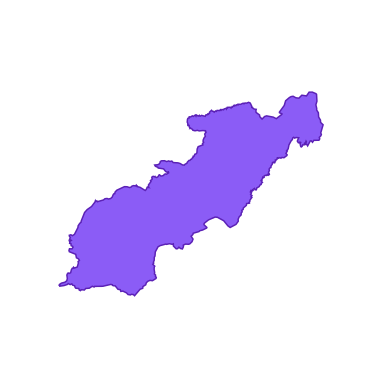 Santa Rosa Del Sur, Bolívar, Colombia, rotated 207°
{"feature_id": "7082276B21319796766403", "entity_name": "Santa Rosa Del Sur", "entity_type": "district", "adm_level": 2, "iso_a3": "COL", "parent_name": "Colombia", "parent_adm1": "Bolívar", "projection": "robinson", "projection_center": [-74.241, 7.761], "detail": "fine", "context": "isolated", "style": "filled", "palette": "violet", "viewbox_px": 384, "rotation_deg": 207, "n_neighbors": 0, "source": "geoboundaries", "source_scale": "gbopen_adm2", "svg_char_len": 6069}
<svg xmlns="http://www.w3.org/2000/svg" viewBox="0 0 384 384"><g transform="rotate(207 192 192)"><path d="M166.8,291.3L171.0,292.0L172.0,293.4L172.3,294.8L174.0,294.2L175.5,294.2L176.5,294.9L177.2,294.5L177.9,295.7L180.5,297.7L182.3,297.6L183.6,296.0L185.1,295.4L185.7,294.3L186.1,294.6L187.1,294.0L188.4,292.2L190.8,291.1L190.5,290.6L191.9,289.9L192.1,288.9L192.8,288.9L193.4,287.9L193.9,288.3L194.6,286.0L195.0,286.1L195.0,285.5L195.8,285.1L195.6,284.6L196.5,284.8L198.9,283.5L198.6,282.9L199.1,282.7L199.0,281.8L199.5,282.2L201.2,280.4L201.2,279.6L202.8,279.1L203.2,277.9L204.0,278.3L204.5,277.0L206.7,276.1L206.9,274.9L207.8,274.9L208.5,273.2L209.4,273.6L210.6,273.2L211.7,273.7L212.6,271.2L212.1,270.0L212.6,269.7L212.7,268.7L213.4,268.7L213.5,267.7L214.6,267.1L214.6,265.4L218.3,264.6L218.9,263.5L219.5,263.2L220.2,263.7L220.9,262.5L223.0,262.6L222.9,261.4L224.0,262.1L225.2,259.9L226.3,260.0L227.2,258.4L228.6,257.7L228.3,256.7L229.1,256.7L228.6,256.5L229.1,255.7L229.0,254.6L228.0,252.1L227.0,251.3L226.0,249.6L225.6,250.1L224.8,250.0L224.8,249.5L223.5,248.4L222.6,248.4L222.6,247.7L222.0,248.1L220.0,248.0L219.3,247.4L217.1,247.9L215.2,249.4L213.3,249.7L210.4,251.6L207.9,252.7L207.3,252.4L207.3,251.7L206.6,251.4L207.0,249.4L205.3,247.5L205.8,246.2L205.7,243.7L205.2,242.2L204.2,241.6L204.6,239.8L203.7,238.9L207.1,235.2L206.9,232.6L205.4,229.1L205.9,227.4L206.6,227.0L206.5,224.7L207.2,224.3L206.7,223.2L207.1,222.9L207.3,221.0L207.8,220.7L208.2,219.2L209.0,218.8L209.7,216.5L209.6,215.3L210.9,213.4L211.0,212.5L212.8,211.8L215.6,212.0L217.7,211.6L222.1,209.7L224.0,210.4L225.5,209.2L226.9,209.1L228.4,207.6L230.7,207.4L233.4,205.9L234.1,204.7L233.7,204.0L234.0,201.9L235.0,200.7L237.5,199.1L236.3,198.3L233.5,198.5L233.0,198.0L227.8,199.7L224.8,198.3L223.2,198.3L222.2,199.3L221.5,198.5L222.8,196.3L224.0,196.0L224.7,195.1L224.9,193.8L226.3,192.5L227.0,192.1L228.7,192.6L229.1,192.3L229.2,190.3L230.0,188.9L231.5,188.7L232.0,189.1L232.4,188.5L233.6,188.4L234.4,187.6L234.3,186.3L233.5,185.9L233.3,185.1L234.2,183.4L233.3,182.7L234.0,178.5L233.3,177.6L233.7,176.5L232.8,176.3L234.1,175.8L233.9,173.6L234.4,172.1L240.4,172.6L243.5,171.9L243.7,172.4L244.3,171.9L244.1,172.3L244.8,172.8L245.0,171.8L246.9,171.2L248.1,170.1L248.6,168.6L249.7,167.6L252.3,167.2L254.7,166.0L259.8,159.5L260.5,157.1L260.1,155.4L260.7,155.1L261.0,154.1L260.8,151.1L261.6,149.2L263.3,147.8L264.7,147.7L266.5,146.5L267.3,144.7L271.9,140.4L272.8,140.9L273.6,139.9L274.1,140.3L273.9,139.0L274.9,133.5L277.4,128.8L278.4,125.0L277.5,115.6L277.1,114.7L277.8,113.1L278.1,110.1L277.5,108.6L277.5,100.9L278.7,98.8L280.5,98.9L281.7,97.7L280.9,96.7L279.7,96.2L279.6,94.2L277.6,94.1L278.3,92.8L279.0,92.7L277.9,91.6L277.7,90.7L276.4,91.0L275.3,89.3L273.6,89.4L272.9,88.6L273.1,86.9L275.4,85.8L275.1,84.1L274.2,83.1L267.3,83.7L265.1,80.9L262.9,80.9L261.3,80.0L261.9,78.2L261.0,77.2L260.2,73.1L262.2,70.9L263.4,71.2L263.2,70.1L264.0,69.8L264.2,68.2L263.5,65.0L264.6,63.6L265.4,63.7L265.9,63.1L265.8,61.2L263.8,58.3L263.3,56.0L264.3,53.9L267.0,51.5L268.1,49.5L268.1,48.8L267.5,49.0L267.0,48.1L263.6,50.5L261.1,53.0L260.7,54.2L258.5,54.2L257.4,55.6L256.1,54.8L254.1,55.2L252.8,53.9L251.8,53.5L249.1,54.6L247.8,53.4L247.1,53.8L246.7,53.5L246.0,54.8L243.4,55.8L242.9,57.8L239.8,59.7L238.1,62.7L236.1,62.9L236.1,63.6L228.7,67.5L222.4,72.8L220.9,73.2L220.4,72.7L219.2,72.9L217.8,73.5L213.8,71.7L211.6,72.4L210.3,71.1L208.6,72.3L204.6,72.4L202.5,71.6L200.2,72.3L199.7,73.2L197.8,74.0L196.1,73.5L194.1,81.8L192.2,83.8L192.8,85.5L191.1,88.3L191.5,90.5L190.7,92.6L189.3,94.2L187.0,95.0L184.8,98.6L185.1,99.8L186.1,100.0L186.8,101.5L188.3,101.9L188.7,103.3L190.7,106.0L191.6,108.1L191.5,109.0L194.1,109.8L193.8,111.3L194.5,111.8L194.7,114.1L196.0,116.8L195.9,118.1L197.5,122.0L197.4,127.7L196.1,129.7L191.7,133.7L190.9,133.8L188.6,135.7L185.9,136.4L185.1,137.3L184.0,135.4L180.3,134.2L179.1,135.0L178.6,136.9L176.7,136.4L174.7,136.9L174.8,139.3L175.6,140.7L174.2,142.6L171.3,143.9L170.4,144.8L169.4,147.7L169.7,150.5L172.7,152.2L171.9,154.5L172.2,155.8L167.8,159.9L167.5,161.0L165.3,162.9L162.6,166.5L162.7,167.2L166.2,168.2L166.8,168.8L166.8,169.9L164.6,174.7L160.1,180.1L157.9,181.0L150.7,180.8L144.6,178.1L141.9,177.7L138.1,183.1L137.5,187.0L138.5,188.6L138.7,191.2L137.8,193.9L138.6,195.6L138.3,197.1L139.3,198.3L138.5,199.6L139.0,201.1L137.5,204.7L138.1,206.5L135.9,208.0L136.5,208.4L136.1,209.5L136.7,211.0L136.2,214.4L137.2,214.5L137.0,216.1L138.6,216.3L138.6,218.3L140.0,218.5L140.2,220.2L139.6,220.4L139.8,219.7L139.1,219.6L138.3,221.2L138.9,221.7L138.0,223.5L136.8,222.6L135.7,223.2L136.1,225.0L134.6,227.3L134.6,229.1L133.8,230.1L134.2,231.2L133.6,232.5L135.1,233.2L135.0,233.9L135.6,233.8L135.3,235.7L135.7,237.2L134.9,237.1L134.4,237.8L135.0,238.9L134.3,240.1L133.3,240.4L133.0,241.2L131.8,241.4L131.0,242.7L131.4,243.2L132.3,242.8L132.2,243.8L132.9,244.5L132.7,246.1L133.7,247.4L133.5,248.8L132.8,249.6L133.4,251.2L133.1,253.1L133.7,254.8L132.8,255.7L132.1,255.2L131.5,255.8L131.9,256.8L131.6,257.9L132.2,258.3L131.1,259.6L131.5,261.2L130.9,261.6L130.3,261.3L129.3,262.5L128.1,262.5L127.6,263.6L125.6,264.3L124.0,267.6L124.2,268.4L125.8,269.0L125.7,271.7L126.4,271.7L125.9,274.1L127.0,278.0L126.9,282.5L126.4,284.2L126.8,285.8L126.2,286.9L125.0,286.6L124.0,287.8L121.6,288.8L121.3,285.2L119.7,284.2L118.7,284.4L118.3,284.6L118.5,285.4L117.7,285.5L117.7,284.5L117.0,283.3L115.7,281.8L115.0,281.8L114.6,282.8L114.8,284.2L113.5,284.9L113.9,286.6L113.3,287.3L113.5,289.1L112.9,288.7L112.5,285.9L111.3,286.5L109.9,285.6L109.8,291.2L108.9,291.7L107.2,291.0L106.9,293.4L102.4,295.7L102.3,297.3L103.4,298.5L102.7,300.6L102.9,302.1L104.1,303.0L105.7,311.4L109.0,312.4L110.2,314.4L113.2,316.3L115.4,320.0L118.1,321.6L118.9,323.2L121.2,325.9L121.9,329.6L125.4,335.6L126.3,335.9L130.2,335.6L133.0,334.1L133.6,329.6L138.1,328.1L139.4,324.1L142.3,323.1L145.4,323.2L147.0,322.0L148.1,320.4L150.0,315.8L149.1,311.0L150.4,302.8L150.0,302.3L147.4,302.5L147.2,301.9L150.2,295.6L153.6,295.6L160.1,293.7L161.6,292.2L162.7,288.8L165.8,289.9L166.8,291.3Z" fill="#8b5cf6" stroke="#5b21b6" stroke-width="1.5"/></g></svg>